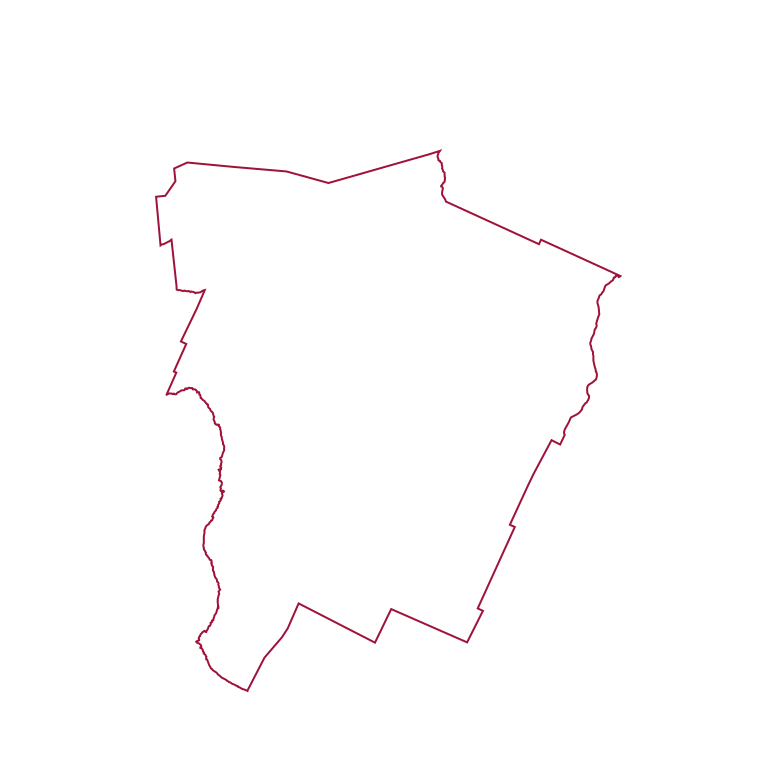 outline of Pergamino, Buenos Aires, Argentina, rotated 252°
{"feature_id": "61730980B1305894445547", "entity_name": "Pergamino", "entity_type": "district", "adm_level": 2, "iso_a3": "ARG", "parent_name": "Argentina", "parent_adm1": "Buenos Aires", "projection": "orthographic", "projection_center": [-60.595, -33.858], "detail": "fine", "context": "isolated", "style": "outline", "palette": "rose", "viewbox_px": 768, "rotation_deg": 252, "n_neighbors": 0, "source": "geoboundaries", "source_scale": "gbopen_adm2", "svg_char_len": 6166}
<svg xmlns="http://www.w3.org/2000/svg" viewBox="0 0 768 768"><g transform="rotate(252 384 384)"><path d="M440.5,173.4L441.1,174.4L441.1,175.3L441.4,176.1L441.3,176.9L440.8,178.6L439.7,179.9L439.6,180.2L439.9,180.6L439.8,181.2L438.8,181.9L438.5,183.2L439.7,185.1L439.7,186.0L440.5,189.4L439.8,192.4L441.1,193.6L441.0,194.3L440.5,194.4L440.1,194.9L440.1,195.4L440.7,196.6L440.7,197.3L439.8,199.0L439.7,199.6L439.3,200.5L439.0,200.6L438.2,200.4L437.9,200.6L437.6,201.9L437.0,202.9L435.2,203.8L433.7,203.6L433.5,205.4L432.9,205.6L431.0,205.1L430.4,205.8L427.3,205.4L427.1,205.8L425.1,206.6L423.2,208.1L421.1,208.6L420.3,209.3L419.4,209.3L419.0,210.0L418.6,210.2L417.3,209.8L416.0,209.7L413.9,210.9L412.2,210.9L409.7,212.3L406.1,212.1L405.3,212.4L403.9,211.3L403.4,211.1L402.2,211.0L400.7,211.3L399.2,211.0L398.8,211.3L398.5,211.1L398.0,211.6L397.5,211.6L396.6,212.7L396.7,213.6L396.5,214.2L396.2,214.4L394.7,213.9L393.7,214.6L392.9,214.7L391.5,214.1L391.0,214.3L390.0,214.3L388.6,213.9L387.7,214.0L387.5,213.6L385.6,213.1L383.5,213.3L381.9,212.8L378.4,212.8L376.5,212.3L375.9,212.6L374.0,212.7L373.0,212.5L372.1,211.9L371.1,211.8L370.0,211.3L369.8,210.9L368.4,209.6L364.8,207.2L364.5,206.7L364.4,205.5L363.9,205.2L363.1,205.0L362.1,205.6L361.0,205.6L359.6,205.3L358.4,204.2L357.3,204.1L357.0,203.3L356.2,202.8L355.7,202.8L355.1,203.4L354.5,202.8L353.7,202.9L353.1,202.5L353.0,202.1L353.6,201.1L353.7,200.6L353.6,200.2L352.4,200.4L351.9,201.0L351.1,201.0L349.8,200.4L349.2,199.9L348.1,200.3L343.4,197.3L342.5,198.2L342.2,198.8L341.7,199.1L340.3,199.3L338.7,198.7L337.8,198.1L337.2,197.2L336.3,196.4L335.2,196.7L334.1,195.9L333.1,195.6L332.6,195.8L332.3,196.4L332.4,197.8L332.1,198.2L331.3,198.6L330.9,198.1L330.6,196.3L330.1,196.0L328.1,196.1L327.1,195.5L325.4,194.1L325.2,193.6L325.5,193.3L325.4,193.1L324.9,193.0L324.8,193.4L323.7,192.5L322.9,191.4L322.9,190.8L321.5,190.5L320.3,188.9L319.2,188.5L318.9,187.8L318.4,187.8L318.2,187.9L317.9,187.7L316.8,185.8L315.8,185.2L314.8,183.5L314.3,182.8L313.9,182.7L312.5,180.8L311.5,180.2L311.1,179.7L310.2,180.4L309.6,180.4L309.3,179.8L307.6,178.5L307.4,178.1L307.5,177.2L307.1,177.0L306.6,176.3L306.1,175.1L305.1,174.5L304.1,171.4L303.0,170.1L302.0,169.5L300.1,167.8L298.6,167.6L294.6,165.5L292.0,164.7L291.6,164.4L291.0,164.4L289.6,163.8L288.8,163.7L287.1,162.6L285.0,162.0L283.8,162.1L282.5,161.5L281.2,162.1L279.6,162.2L278.8,162.6L277.9,162.1L276.6,162.1L275.8,162.4L275.6,162.8L274.4,163.0L272.5,163.8L270.7,164.0L270.0,165.2L269.5,165.4L269.0,165.1L267.3,165.0L267.2,164.5L266.8,164.3L265.8,164.5L264.6,164.2L263.0,165.0L261.7,164.4L259.6,163.7L257.7,164.2L257.1,163.9L255.2,163.9L254.6,163.6L251.7,163.8L250.4,164.5L248.7,164.5L247.6,164.2L246.9,164.8L246.0,165.0L245.4,165.0L244.3,164.4L242.6,164.4L241.5,164.1L239.1,164.6L237.7,162.5L235.2,162.4L233.8,161.2L230.2,159.1L229.4,159.1L228.5,158.5L225.2,157.9L223.9,157.4L223.6,157.7L223.2,157.4L223.2,157.1L222.8,156.9L222.4,157.4L222.1,157.4L221.3,155.8L218.0,153.6L216.3,151.2L214.8,150.4L213.1,149.0L212.2,148.8L212.2,147.4L212.0,147.2L210.9,147.1L210.6,146.3L210.6,145.4L210.2,145.1L209.2,145.1L207.7,143.6L207.9,142.9L207.6,142.3L205.7,141.0L204.1,139.1L203.1,138.3L203.3,137.8L203.7,137.5L204.2,137.5L204.7,137.0L204.2,135.1L202.4,132.0L201.1,131.2L201.0,130.5L200.6,130.1L199.9,129.8L199.6,129.3L199.1,129.1L197.7,129.2L197.4,129.0L197.2,128.2L197.3,126.7L196.9,125.8L195.7,126.3L194.4,127.9L192.7,129.0L191.9,129.3L190.8,129.1L190.4,128.0L189.7,127.8L188.9,129.0L186.7,129.5L186.2,129.2L185.7,129.2L184.2,129.8L183.8,129.3L183.0,129.5L181.3,130.6L179.9,130.5L179.4,130.8L178.7,130.3L177.2,129.9L177.1,130.3L176.6,130.6L170.7,130.9L166.8,131.6L166.0,132.4L164.8,132.7L163.4,133.7L163.0,134.2L161.1,135.6L158.7,136.5L157.5,137.5L155.1,138.8L151.2,142.6L150.0,143.1L149.1,144.2L148.3,144.5L147.7,145.6L146.1,146.7L143.7,149.5L142.5,150.4L141.9,151.5L140.9,151.7L140.2,152.8L137.7,155.0L136.4,157.0L134.3,159.3L134.7,159.5L160.7,185.8L174.6,208.6L181.3,216.9L201.7,235.0L140.8,295.5L167.7,321.3L112.6,383.2L137.7,408.0L141.6,403.8L207.6,464.2L211.2,460.2L243.0,489.6L252.4,498.6L278.8,526.0L272.0,532.8L279.8,540.2L281.4,540.0L282.5,540.3L284.7,541.7L290.7,548.1L293.7,550.7L294.5,551.7L295.5,558.1L296.4,560.9L298.6,564.4L300.5,565.5L301.2,566.3L303.2,569.2L303.7,570.2L303.7,570.9L306.1,573.6L306.9,574.3L309.2,575.4L311.0,574.8L312.7,574.6L315.8,575.4L318.2,576.4L319.5,577.6L320.3,579.4L320.9,582.2L321.9,584.8L322.4,585.5L322.6,586.7L323.4,587.5L325.8,588.9L328.0,589.6L328.8,589.5L330.0,589.7L330.5,589.3L332.6,589.8L335.0,589.7L341.7,590.4L346.2,591.9L347.8,591.9L349.7,592.7L353.1,592.1L356.4,592.7L357.5,592.4L359.2,592.8L361.8,594.7L362.8,595.1L366.9,599.2L370.6,601.2L371.6,602.6L373.0,603.9L374.5,604.5L375.9,604.5L377.9,605.9L378.5,606.1L379.2,606.9L380.2,607.4L383.8,610.3L391.0,611.9L394.9,612.0L396.9,612.6L399.2,614.6L401.3,616.1L401.9,617.2L402.1,618.3L403.7,620.0L404.3,621.3L408.8,624.7L409.4,625.7L410.1,628.9L411.5,631.9L411.9,633.7L412.8,634.3L413.3,635.2L414.1,635.4L414.3,636.0L414.2,637.0L415.1,637.7L414.9,639.0L415.0,639.6L414.7,640.1L413.2,640.3L413.2,641.3L413.6,642.2L472.7,577.9L469.1,574.6L538.3,499.3L540.8,499.2L546.0,497.8L548.2,498.4L552.0,500.5L552.7,500.5L553.6,500.1L554.0,499.5L554.7,499.5L555.7,501.1L557.1,502.7L557.0,503.2L557.8,504.3L558.9,504.6L559.4,505.1L560.2,505.2L561.4,505.9L562.2,505.7L566.3,506.9L568.2,505.9L570.2,506.1L571.0,505.8L571.8,506.3L573.3,506.7L574.8,506.7L576.1,507.2L578.5,505.9L579.0,506.1L579.9,505.0L580.4,504.9L581.3,505.3L583.8,505.1L586.8,507.1L588.4,509.2L588.5,498.8L592.3,393.3L616.3,356.9L636.6,308.8L655.4,265.4L653.8,251.0L641.3,248.3L630.6,234.2L632.5,225.1L584.9,214.3L585.4,215.8L585.1,217.4L585.8,222.1L586.1,223.1L586.0,224.0L586.2,225.0L586.8,225.7L587.0,226.5L542.0,217.1L537.8,216.0L536.7,217.6L536.5,218.7L534.8,221.0L534.7,221.9L534.2,222.4L534.4,223.2L533.0,225.4L532.9,226.7L532.3,227.2L532.2,227.7L531.2,228.5L531.5,229.2L531.4,229.6L529.7,232.1L528.9,232.5L528.6,232.9L528.8,233.8L528.2,235.7L528.0,238.0L528.6,239.8L528.8,241.0L528.7,242.6L513.3,229.0L487.2,204.0L483.2,208.3L460.8,188.0L459.0,190.0L440.5,173.4Z" fill="none" stroke="#9f1239" stroke-width="2"/></g></svg>